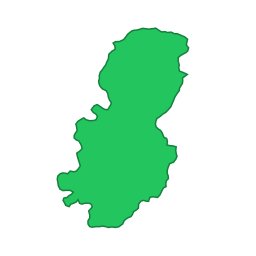 the district of Santa Cruz do Escalvado, Minas Gerais, Brazil, rotated 342°
{"feature_id": "56859067B58472062151824", "entity_name": "Santa Cruz do Escalvado", "entity_type": "district", "adm_level": 2, "iso_a3": "BRA", "parent_name": "Brazil", "parent_adm1": "Minas Gerais", "projection": "albers", "projection_center": [-42.82, -20.229], "detail": "fine", "context": "isolated", "style": "filled", "palette": "green", "viewbox_px": 256, "rotation_deg": 342, "n_neighbors": 0, "source": "geoboundaries", "source_scale": "gbopen_adm2", "svg_char_len": 2580}
<svg xmlns="http://www.w3.org/2000/svg" viewBox="0 0 256 256"><g transform="rotate(342 128 128)"><path d="M201.0,95.4L197.6,92.2L194.6,89.9L194.9,86.3L196.2,83.9L196.4,80.3L197.5,76.5L200.6,75.3L202.8,74.8L205.9,74.3L208.5,73.3L210.4,70.5L209.2,67.3L210.2,65.0L212.1,62.0L210.0,58.8L206.8,56.0L203.9,53.5L201.2,52.6L198.7,50.2L194.9,49.3L192.9,47.8L189.6,47.0L187.2,44.2L185.2,41.6L181.4,41.0L178.3,40.4L176.0,39.3L172.9,37.8L170.0,37.7L166.4,37.6L163.9,36.9L161.6,36.9L159.2,37.7L156.5,38.8L154.2,40.6L151.1,42.6L146.5,43.1L142.8,42.0L140.1,42.6L140.9,45.8L140.1,49.2L136.5,50.0L132.6,51.9L130.6,56.3L128.0,59.0L126.3,61.1L123.8,62.8L121.5,64.7L118.9,66.3L116.9,69.2L116.1,72.0L114.5,74.5L114.1,77.5L114.5,80.1L115.7,82.9L118.8,85.8L119.4,89.3L118.8,92.8L119.1,96.0L120.0,98.7L118.7,100.6L116.5,102.5L114.5,104.3L111.7,103.2L109.9,101.3L108.2,99.0L106.0,96.2L102.7,96.4L98.7,99.2L99.8,102.6L101.7,104.7L102.5,107.6L100.1,110.3L97.3,110.2L93.5,109.1L90.7,107.2L89.1,104.7L86.5,105.1L82.3,106.2L79.6,108.2L79.5,110.7L78.8,114.8L76.3,116.7L74.5,118.5L73.7,120.8L75.0,123.2L77.3,125.2L78.2,129.6L78.1,133.4L74.7,135.2L71.5,136.1L71.1,139.2L71.0,143.1L71.0,146.1L70.9,149.3L68.3,151.4L65.3,153.1L62.9,152.9L59.7,151.1L56.4,152.9L54.5,151.6L51.8,150.5L49.1,150.6L46.4,152.0L44.9,154.8L44.5,157.9L43.9,161.3L44.4,165.0L46.7,167.4L50.7,168.4L53.8,169.5L56.1,172.1L53.6,173.6L51.0,174.1L48.4,175.2L45.4,174.8L43.9,176.7L44.5,179.5L44.9,182.4L47.7,184.6L50.1,182.7L53.0,182.8L56.1,182.3L58.3,180.8L58.7,184.7L60.6,186.1L64.1,186.3L67.4,187.3L69.4,189.0L69.6,192.0L67.4,193.4L65.0,194.7L64.7,199.2L63.8,201.7L61.2,204.0L60.3,207.1L61.1,209.9L63.1,211.2L67.1,211.9L70.3,213.0L73.5,213.4L76.6,215.1L78.7,216.6L81.8,217.0L85.4,218.7L88.7,219.1L93.3,217.6L95.8,214.9L98.4,213.8L100.7,213.3L103.4,213.2L105.3,211.8L107.5,209.3L110.6,208.5L113.1,207.5L114.6,203.6L117.5,201.6L120.3,201.6L122.7,203.2L124.9,204.1L127.4,200.7L130.8,201.2L134.6,203.2L137.6,201.6L140.4,198.6L143.1,196.0L146.1,195.5L146.7,192.8L148.1,190.0L150.7,188.7L151.4,186.0L151.3,182.9L152.5,180.0L154.4,177.2L156.6,174.8L160.8,174.6L163.9,172.4L165.9,170.0L165.9,167.5L166.5,164.0L168.0,160.8L165.4,159.0L162.5,157.8L159.8,156.2L161.4,152.8L161.5,149.9L159.4,148.2L159.1,145.6L159.0,143.1L158.2,140.3L156.5,138.3L155.1,135.7L155.3,132.7L156.9,129.7L158.6,127.8L162.0,127.0L165.1,125.6L168.7,124.8L171.9,123.1L175.1,121.2L177.2,118.8L179.5,116.3L182.1,113.1L185.4,110.3L188.3,108.3L189.3,106.1L191.2,104.3L193.5,102.5L194.7,99.8L195.3,97.3L197.8,96.5L201.0,95.4Z" fill="#22c55e" stroke="#15803d" stroke-width="1.5"/></g></svg>